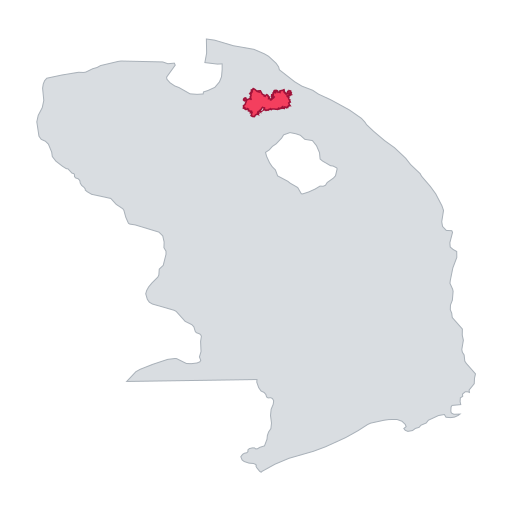 Umzinyathi, KwaZulu-Natal, South Africa shown in context, rotated 271°
{"feature_id": "47623444B41861303399053", "entity_name": "Umzinyathi", "entity_type": "district", "adm_level": 2, "iso_a3": "ZAF", "parent_name": "South Africa", "parent_adm1": "KwaZulu-Natal", "projection": "equal_earth", "projection_center": [30.717, -28.61], "detail": "fine", "context": "in_parent", "style": "filled", "palette": "rose", "viewbox_px": 512, "rotation_deg": 271, "n_neighbors": 0, "source": "geoboundaries", "source_scale": "gbopen_adm2", "svg_char_len": 9209}
<svg xmlns="http://www.w3.org/2000/svg" viewBox="0 0 512 512"><g transform="rotate(271 256 256)"><path d="M372.0,36.9L386.3,34.5L392.8,35.8L400.6,39.7L407.8,41.1L420.1,39.7L424.3,40.3L427.6,41.6L430.1,43.7L433.6,58.9L436.6,75.3L436.5,80.5L436.9,82.6L440.4,89.5L441.7,93.8L443.7,97.3L448.1,114.6L448.6,117.6L448.4,159.4L446.7,164.5L447.4,171.0L445.4,171.9L433.3,163.5L431.2,163.8L427.7,167.0L424.6,171.8L423.1,176.0L417.0,187.2L416.6,194.3L417.1,200.4L419.1,200.6L420.6,205.0L423.9,211.9L429.4,216.4L434.6,218.4L441.8,218.9L447.5,218.8L447.2,214.1L448.5,201.5L458.0,203.1L472.1,202.6L471.1,210.8L465.9,229.4L462.6,250.3L458.3,260.8L455.9,265.1L449.1,272.7L445.5,275.3L442.6,276.1L430.9,291.6L426.6,299.0L422.7,309.8L418.9,315.7L413.3,328.4L403.6,346.9L395.4,359.1L391.7,362.6L389.3,364.2L382.8,371.3L373.6,382.6L366.7,392.6L356.3,404.0L350.2,408.9L341.2,418.7L338.7,420.1L328.6,429.1L321.3,434.6L309.5,441.0L304.8,442.7L293.5,441.1L288.8,442.0L284.9,445.8L284.7,451.3L283.1,452.1L272.7,449.6L268.4,450.0L266.0,452.9L264.0,456.6L258.1,456.8L247.5,453.0L235.0,450.7L232.1,450.4L226.2,453.2L224.1,453.7L215.3,453.1L210.4,451.3L205.7,451.2L202.2,452.7L197.9,453.3L186.6,463.6L180.5,463.6L175.4,464.8L166.1,463.4L163.4,464.0L160.7,465.8L154.5,466.6L152.2,468.2L142.0,477.5L137.6,476.6L132.1,476.4L125.7,471.4L123.3,471.8L123.9,470.3L123.9,467.6L121.6,464.9L119.2,465.1L117.8,462.8L114.0,462.6L111.0,463.3L110.0,454.6L108.5,453.7L104.7,453.5L102.9,453.8L102.1,454.6L101.2,456.6L101.5,462.7L100.1,460.9L98.4,457.3L97.8,453.4L98.1,448.8L100.8,447.1L99.7,441.3L94.8,431.2L92.0,429.1L89.7,423.9L87.5,422.0L86.4,418.4L84.2,415.5L83.3,410.9L84.3,408.3L86.1,406.8L88.0,409.1L90.2,408.2L93.3,404.9L95.0,399.9L94.8,391.8L94.0,386.7L90.9,373.6L89.5,370.6L83.2,361.2L75.9,348.6L66.4,328.7L61.7,316.7L54.3,292.5L48.2,278.7L40.8,265.8L39.9,264.9L40.8,263.4L44.4,260.4L46.0,259.6L46.9,260.0L47.7,259.1L48.5,257.1L48.8,252.6L50.3,247.8L51.8,245.7L55.0,244.3L57.5,246.1L58.6,247.9L59.1,250.2L60.3,251.4L62.0,251.3L63.3,252.7L64.1,255.7L64.1,257.8L63.1,259.1L63.3,260.9L64.7,263.0L66.3,267.8L73.0,270.2L76.7,270.5L80.3,271.7L83.7,273.9L89.2,274.4L96.8,273.3L103.0,273.8L108.0,275.8L111.6,276.2L113.8,274.9L114.6,273.0L114.3,270.6L115.3,269.0L117.7,268.3L119.7,266.5L121.1,263.4L124.4,261.0L129.8,259.0L132.5,259.1L128.3,128.9L138.3,138.0L140.7,142.2L145.8,154.4L151.1,169.5L152.1,176.8L152.0,178.4L147.3,188.3L147.2,193.1L148.0,198.9L149.2,201.7L150.7,202.6L154.1,201.2L159.5,202.7L169.6,202.1L174.7,202.8L175.9,202.3L177.1,201.1L178.3,197.7L179.5,196.6L184.1,195.1L186.2,193.1L189.4,186.3L199.2,177.2L200.3,175.1L206.2,153.2L208.0,150.1L210.8,148.1L216.3,146.4L219.6,147.3L223.2,149.2L227.2,152.4L233.3,158.3L235.3,159.2L241.2,159.5L245.0,163.4L256.1,166.0L259.3,165.9L262.7,163.8L268.4,163.9L274.5,162.4L278.2,158.5L285.0,134.6L285.7,129.3L286.5,127.9L292.3,125.2L299.4,123.1L300.9,122.0L305.2,115.3L311.0,109.8L314.8,90.6L317.4,86.0L319.0,84.1L320.1,84.1L321.6,82.9L323.5,80.5L325.8,79.0L328.4,78.5L330.1,76.9L330.9,74.3L332.3,73.1L334.2,73.1L335.3,72.3L335.6,70.6L339.9,66.4L340.0,64.8L342.5,60.7L347.4,54.2L351.9,50.6L356.3,49.9L364.2,46.5L367.1,43.4L368.9,39.2L372.0,36.9ZM360.4,317.7L367.3,314.6L372.4,310.4L373.5,302.8L377.5,298.2L378.9,293.8L380.0,287.8L377.6,281.5L374.4,279.6L368.5,274.2L365.9,270.5L362.3,267.4L359.8,263.7L355.7,264.9L349.5,267.9L345.6,270.6L342.4,273.9L336.5,276.2L331.2,286.6L329.4,288.9L325.2,296.5L319.0,300.2L318.9,301.6L321.0,307.7L323.9,313.8L327.0,318.8L326.9,321.9L327.9,324.2L330.7,325.9L335.3,332.1L337.6,334.1L344.5,335.6L345.5,335.2L347.3,331.5L347.6,328.9L352.1,320.9L354.1,318.4L360.4,317.7Z" fill="#d9dde1" stroke="#a8b0b8" stroke-width="1"/><path d="M395.6,249.8L395.3,250.5L395.5,251.0L395.2,251.7L395.6,252.2L396.8,252.8L397.6,254.0L397.6,254.8L397.8,255.4L397.7,255.6L397.9,255.5L397.8,255.8L398.4,256.0L398.5,256.2L399.2,255.5L399.2,255.3L399.4,255.2L400.1,255.4L399.9,255.9L400.5,256.3L400.5,256.9L400.1,256.9L400.4,257.8L400.1,258.1L400.4,258.1L400.6,258.7L401.5,257.1L403.0,258.8L403.6,259.0L404.8,259.9L404.2,261.1L404.3,261.2L404.3,261.9L404.0,261.9L403.8,262.0L402.0,260.9L402.4,262.6L402.0,263.0L401.7,263.2L401.7,263.4L401.8,263.9L402.1,264.0L402.0,265.1L402.5,265.6L402.3,265.9L402.6,265.9L402.8,266.2L402.8,266.8L403.1,267.2L403.4,267.6L403.0,267.7L403.0,268.1L402.8,268.3L403.0,268.8L402.9,268.9L403.2,269.0L403.3,271.7L403.1,272.9L403.1,274.0L402.9,275.0L403.5,275.4L404.4,276.2L404.5,276.5L404.4,276.3L403.8,276.8L403.4,276.7L403.6,277.5L404.2,277.7L404.2,278.5L404.0,278.9L404.1,279.3L404.7,278.7L404.8,278.8L404.7,279.4L405.3,279.4L405.6,279.8L405.3,279.8L405.1,279.6L404.9,280.1L404.6,280.1L404.5,280.3L404.6,280.5L404.3,280.6L404.3,280.9L404.2,280.9L404.3,281.3L404.1,281.6L404.0,281.8L404.7,282.1L405.5,281.8L405.5,282.7L404.7,284.1L405.1,284.3L405.1,285.1L405.8,284.9L406.0,285.4L406.3,285.5L406.4,285.8L406.4,286.0L406.9,286.0L406.9,287.5L407.9,286.8L408.5,286.5L409.1,286.4L409.3,286.1L409.6,286.0L410.5,287.1L410.5,287.3L410.8,287.1L411.1,287.4L411.7,287.0L412.5,286.7L412.7,287.0L413.2,286.2L414.7,285.7L414.9,286.0L415.1,286.1L415.2,285.7L415.6,285.6L415.7,285.1L415.9,284.6L416.1,284.5L416.0,284.8L416.1,285.0L416.2,285.5L416.4,285.7L416.6,285.6L416.6,285.4L416.7,285.5L416.9,285.4L416.9,285.6L416.7,285.6L416.8,286.0L417.1,286.1L417.1,286.5L416.9,287.0L417.6,287.6L417.9,288.5L418.1,288.2L417.8,287.2L418.0,287.0L418.3,286.8L418.3,286.6L418.6,286.1L419.1,286.0L419.0,286.4L419.2,286.7L419.1,286.8L419.2,286.7L419.5,286.8L419.4,287.2L419.0,287.5L419.1,288.0L418.9,288.0L419.4,288.4L419.5,288.4L419.6,287.8L420.0,288.2L420.2,287.8L420.3,287.9L420.5,287.8L420.9,287.8L421.4,287.9L421.6,287.8L421.7,287.3L421.6,286.8L421.7,286.7L421.8,286.5L421.7,286.5L421.8,286.1L421.6,286.1L421.3,285.7L421.1,285.5L420.8,285.3L420.7,285.2L420.8,285.1L420.6,284.9L420.8,284.7L420.5,284.6L420.4,284.8L420.1,284.5L419.9,284.5L419.7,284.5L419.4,284.7L419.3,284.4L419.4,284.5L419.6,284.4L419.3,284.2L419.2,284.0L419.0,283.9L418.7,284.1L418.6,283.8L418.7,283.6L418.2,283.3L418.6,283.0L418.9,282.7L419.0,282.8L419.2,282.7L419.3,282.7L419.8,282.4L419.8,282.1L419.7,282.0L419.7,281.8L420.5,281.2L420.6,281.4L420.9,281.6L421.5,281.2L422.3,281.3L422.8,281.1L422.2,279.9L421.6,277.3L421.3,277.4L420.8,277.3L421.2,277.1L421.3,276.9L421.1,276.7L420.7,276.9L420.8,276.8L420.7,276.6L420.1,276.5L420.2,276.2L420.3,276.1L420.5,276.0L420.4,275.9L420.0,275.1L420.2,274.9L420.5,274.7L421.2,274.2L421.3,274.0L421.5,273.9L421.7,274.2L421.8,274.0L422.0,273.3L421.7,273.3L421.3,272.4L421.8,271.9L421.8,271.5L421.5,271.3L421.2,271.2L421.0,270.9L420.9,270.9L420.5,271.3L420.2,271.9L420.3,272.3L420.6,272.6L420.6,272.9L420.1,273.0L419.7,272.9L419.5,272.6L419.9,271.8L419.9,271.5L419.8,271.2L419.7,270.8L419.3,270.1L419.2,270.0L418.6,270.6L418.2,270.4L417.8,270.4L417.4,270.5L417.0,270.5L416.9,270.3L417.3,269.9L417.5,269.3L417.5,269.0L417.2,269.1L416.8,268.9L416.5,269.0L416.2,268.7L415.9,268.6L415.7,268.7L415.7,269.0L416.0,269.3L416.1,269.6L415.8,270.0L415.5,270.1L415.4,270.3L415.3,270.5L415.5,271.3L415.3,271.5L415.0,271.2L414.3,270.8L414.2,270.6L414.3,270.3L414.8,270.2L415.1,270.0L415.0,269.8L414.8,269.6L414.7,269.2L414.1,269.0L413.4,269.5L413.1,269.3L413.1,268.9L413.0,268.5L412.5,268.3L412.2,268.2L412.3,267.8L412.6,267.8L413.0,267.5L413.5,267.3L413.9,266.5L413.5,266.1L413.5,265.8L414.0,265.9L415.1,266.6L415.3,266.4L415.2,265.8L415.7,265.3L416.4,265.3L416.6,265.3L417.9,263.5L417.5,263.7L417.0,263.3L416.8,263.0L415.8,262.3L416.1,262.0L416.2,261.4L416.5,261.5L417.0,261.4L417.8,259.5L421.3,257.5L421.1,255.2L420.1,255.9L420.3,255.2L420.6,254.2L422.2,252.4L422.9,251.4L423.4,250.3L422.6,249.7L422.5,250.0L422.0,248.7L421.4,249.2L420.9,248.3L420.7,248.3L420.5,248.7L420.7,249.1L420.6,249.3L420.4,249.2L419.9,249.2L419.4,248.9L419.5,248.7L419.4,248.5L419.2,248.4L419.2,248.5L418.9,248.4L418.9,248.2L419.1,248.2L419.0,247.9L418.9,247.9L419.0,247.7L418.9,247.7L418.6,247.3L418.5,247.6L418.2,247.8L418.1,247.7L418.0,247.9L417.9,247.8L417.7,247.8L417.5,247.6L417.3,247.9L417.2,247.8L416.6,248.2L416.4,248.1L416.2,248.2L415.6,248.0L415.5,247.8L415.3,247.8L415.2,247.6L414.9,247.8L414.3,247.8L414.1,247.9L413.9,247.8L413.6,248.0L413.2,248.1L412.7,248.4L412.5,248.2L413.2,246.9L413.4,246.9L413.1,246.6L412.8,246.2L412.4,245.1L412.0,244.5L413.5,242.7L413.9,242.8L413.9,242.5L413.8,242.0L413.7,241.9L413.6,242.1L413.5,241.7L413.4,241.5L413.2,241.5L413.2,241.3L412.9,241.1L412.7,240.9L412.3,240.9L412.1,241.0L411.8,240.8L411.4,241.2L411.5,241.3L411.7,241.6L411.5,241.8L411.4,241.8L411.3,242.0L411.2,242.0L411.3,242.3L411.2,242.3L411.3,242.5L411.2,242.6L411.3,242.6L411.3,242.8L411.2,242.8L411.1,243.0L411.3,243.1L410.9,243.2L410.8,243.4L410.8,243.6L409.8,243.4L408.5,242.7L407.9,242.8L407.2,242.3L406.0,240.8L405.1,241.0L403.6,240.8L403.5,241.5L403.6,241.8L404.1,241.9L404.2,242.0L403.9,242.4L403.3,242.6L402.6,242.5L402.3,243.1L402.3,243.6L402.6,244.5L403.3,244.7L403.2,245.0L402.6,246.0L402.1,245.8L401.0,245.8L400.8,246.6L401.1,246.7L401.1,246.9L400.8,247.1L400.9,247.4L400.6,248.4L400.7,248.9L400.2,248.9L400.0,248.3L399.7,248.4L399.6,248.0L399.1,247.8L399.0,248.6L399.3,249.5L397.8,249.0L397.1,249.1L396.3,248.6L395.7,249.9L395.6,249.8Z" fill="#f43f5e" stroke="#9f1239" stroke-width="1.5"/></g></svg>